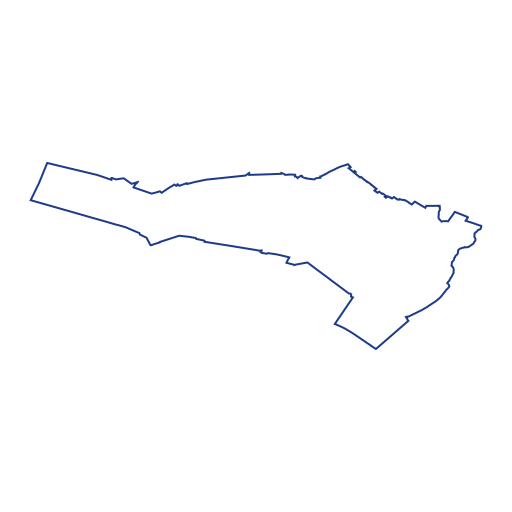 outline of Beverwijk, Noord-Holland, Netherlands
{"feature_id": "6326949B38309574133073", "entity_name": "Beverwijk", "entity_type": "district", "adm_level": 2, "iso_a3": "NLD", "parent_name": "Netherlands", "parent_adm1": "Noord-Holland", "projection": "equal_earth", "projection_center": [4.669, 52.479], "detail": "fine", "context": "isolated", "style": "outline", "palette": "blue", "viewbox_px": 512, "rotation_deg": 0, "n_neighbors": 0, "source": "geoboundaries", "source_scale": "gbopen_adm2", "svg_char_len": 5713}
<svg xmlns="http://www.w3.org/2000/svg" viewBox="0 0 512 512"><path d="M375.9,349.0L378.9,346.4L408.4,320.8L407.4,319.6L407.1,318.2L406.4,317.8L405.9,317.0L406.4,316.8L407.3,316.6L408.0,316.6L408.6,316.5L419.9,311.0L421.4,310.3L423.6,309.0L426.6,307.3L432.4,303.4L435.1,301.7L436.1,300.9L438.8,298.8L439.7,297.9L440.8,296.9L442.5,294.7L443.1,293.9L445.5,291.0L446.1,290.0L448.1,288.1L449.0,286.9L449.2,286.6L449.2,286.4L449.3,286.2L449.2,285.9L448.9,285.1L448.7,284.8L448.5,284.4L447.7,283.2L447.3,283.0L448.3,281.6L448.6,281.3L449.2,280.9L449.4,280.7L449.5,280.4L449.6,279.9L449.8,279.5L450.3,278.6L451.7,276.5L452.1,275.7L452.8,274.3L453.1,273.8L453.4,273.4L453.6,273.0L453.6,272.5L453.5,272.0L453.5,271.8L453.7,270.2L453.8,269.7L453.4,268.1L453.3,267.9L453.2,267.7L452.8,267.2L452.5,266.7L451.7,266.1L451.5,265.8L451.5,265.7L451.5,265.4L451.7,264.8L451.8,263.6L451.8,262.9L451.9,262.5L451.9,262.3L452.1,262.1L453.1,261.0L454.1,259.4L454.2,258.6L454.3,257.9L454.4,257.7L455.0,257.3L455.0,257.1L455.2,256.4L455.3,256.2L457.3,254.2L457.6,253.8L457.7,253.3L457.9,252.6L458.1,251.8L458.1,250.6L458.2,250.3L458.2,250.2L458.8,249.6L459.6,248.9L459.9,248.7L460.4,248.5L462.5,247.9L463.3,247.7L463.6,247.6L464.4,247.3L464.5,247.2L464.7,247.3L464.9,247.3L465.8,247.4L467.7,247.1L468.2,247.0L468.5,246.9L469.7,246.2L473.3,243.7L473.5,243.4L473.6,243.2L474.2,242.1L475.0,241.1L475.2,240.7L475.5,239.7L475.5,239.4L475.4,238.9L475.2,238.4L475.0,237.9L474.5,237.2L474.4,236.2L474.4,235.7L474.5,235.3L474.5,233.8L474.6,233.6L474.7,233.3L474.9,233.0L475.3,232.6L475.7,232.3L476.1,232.1L476.8,231.5L477.5,230.8L477.7,230.4L478.2,230.0L478.8,229.7L479.7,229.5L480.1,229.4L480.3,229.2L480.5,228.8L480.8,228.0L481.2,227.3L481.3,226.3L481.2,225.8L480.5,225.7L479.5,225.4L473.6,223.3L470.8,222.4L470.0,222.1L467.9,221.5L467.2,221.2L466.7,221.1L465.8,220.9L465.6,220.8L467.9,217.4L467.7,217.0L458.1,213.2L454.8,211.9L454.4,212.5L453.5,213.8L453.4,214.0L449.3,219.6L448.3,221.1L448.2,221.3L447.3,221.3L446.6,221.1L445.5,221.1L444.9,221.1L442.8,221.3L442.3,221.3L442.2,221.3L441.6,221.6L440.8,220.7L440.0,220.0L439.5,219.5L438.8,218.5L438.6,217.9L438.5,217.6L438.6,217.1L438.5,216.0L438.7,215.4L438.7,215.1L438.8,214.2L438.7,212.7L438.7,212.4L438.8,212.2L439.0,211.7L439.9,209.8L439.9,209.6L439.8,208.8L439.8,207.7L439.8,206.6L439.7,206.5L439.4,206.4L438.9,206.3L439.2,205.8L426.8,205.9L426.7,205.9L426.3,205.9L425.3,207.8L414.8,201.6L411.8,204.5L408.8,202.7L408.7,202.6L408.7,202.4L404.9,200.1L404.7,200.3L403.5,200.0L402.0,199.8L401.4,199.7L400.5,199.4L399.6,199.1L398.8,199.8L398.3,199.5L398.1,199.4L397.8,199.4L397.3,199.4L397.2,199.4L396.6,198.9L396.4,198.8L396.4,198.7L396.0,198.4L395.9,198.5L393.9,197.0L392.0,198.5L390.5,197.4L390.2,197.7L389.7,197.4L387.9,196.3L386.5,197.4L386.4,197.3L385.9,197.7L384.8,196.9L386.0,195.9L382.7,193.5L382.4,193.6L382.2,193.7L382.0,193.8L379.1,191.6L377.5,192.8L376.4,192.0L376.5,192.0L374.5,190.5L376.5,188.9L375.9,188.4L373.9,187.0L373.8,186.8L373.9,186.7L371.4,184.9L371.5,184.8L369.6,183.3L368.3,182.4L368.2,182.4L367.3,181.8L367.2,182.0L366.7,181.7L366.8,181.6L366.1,181.1L366.0,180.9L364.4,179.8L363.7,179.2L363.6,179.3L362.5,178.2L362.4,178.1L361.1,176.9L360.1,177.5L354.5,172.9L355.7,172.0L354.7,171.0L353.4,171.9L353.2,171.9L350.2,169.4L350.0,169.2L348.7,168.2L350.5,167.2L349.7,166.3L349.9,166.2L347.9,164.2L345.5,165.1L345.4,165.1L345.2,165.2L341.8,166.2L339.9,166.9L338.5,167.5L337.1,168.1L334.1,169.7L332.8,170.3L331.6,170.8L329.8,171.6L329.0,172.0L328.0,172.7L327.8,172.7L327.2,173.1L327.1,173.3L326.7,173.5L325.7,174.0L325.3,174.3L325.1,174.2L324.9,174.4L321.5,176.1L321.4,176.1L321.2,176.2L321.1,176.3L320.2,176.5L320.5,177.7L319.6,177.8L316.7,178.1L316.0,178.4L315.9,178.4L315.1,178.8L314.2,179.4L313.8,179.4L306.8,178.5L306.3,178.1L306.0,178.3L305.8,178.3L305.5,178.2L303.7,177.6L301.8,176.6L301.9,176.0L300.9,175.7L298.3,177.5L297.1,177.3L297.1,177.6L296.0,176.6L294.9,176.4L295.2,174.8L295.1,174.7L288.7,174.5L288.4,174.7L285.8,174.8L285.2,174.9L284.8,174.4L281.3,172.9L281.0,173.8L268.4,174.3L258.7,174.6L249.2,174.9L249.2,173.0L248.6,173.3L245.7,175.5L205.9,179.7L194.0,182.2L189.6,183.4L187.0,184.0L186.7,183.2L179.3,185.8L177.8,184.3L177.6,184.2L177.4,184.3L177.2,184.8L177.1,185.3L177.0,185.5L176.5,185.8L176.3,185.9L176.2,185.9L174.4,184.6L169.3,187.6L161.6,192.8L159.9,191.3L157.9,191.9L157.9,192.0L151.6,193.6L133.5,187.4L134.4,185.8L134.9,185.2L135.4,184.4L135.9,183.8L137.1,182.7L137.5,182.3L137.6,182.1L133.6,183.3L131.5,183.8L123.7,178.3L115.9,179.4L112.0,178.0L111.5,178.0L111.4,179.8L97.4,175.0L47.2,163.0L39.0,183.1L30.7,200.2L84.4,215.5L86.7,216.2L103.0,220.8L116.3,224.7L117.4,224.9L120.6,225.8L125.2,227.1L126.5,227.6L127.7,228.1L128.5,228.5L139.4,233.1L139.9,234.6L140.8,235.0L146.5,237.7L150.4,245.0L150.5,245.2L151.1,245.2L158.6,242.7L158.7,242.8L159.8,242.4L159.8,242.0L177.7,236.2L179.2,235.8L180.9,235.9L182.9,236.2L184.4,236.3L188.7,236.8L195.7,238.0L195.7,238.3L195.9,238.6L196.3,238.9L196.6,239.0L198.6,239.4L204.2,240.6L204.4,240.7L204.6,241.0L204.6,241.3L204.5,241.8L228.2,245.5L256.4,250.1L257.8,250.4L258.2,250.6L261.4,250.5L260.7,251.8L261.0,251.8L261.3,251.8L261.5,251.8L261.5,252.0L261.6,252.4L261.6,252.9L266.7,253.7L267.6,253.4L267.8,253.3L268.0,253.1L276.8,254.4L281.6,255.5L287.1,256.8L289.3,257.4L288.0,259.7L287.4,260.7L286.9,261.9L286.5,262.8L294.6,264.9L294.6,265.0L296.2,264.5L297.4,264.3L306.7,262.6L307.5,262.5L314.7,268.0L327.3,277.3L332.1,281.0L333.9,282.3L348.9,293.5L350.6,293.7L351.0,294.2L351.2,294.5L351.2,295.0L351.1,295.5L351.0,295.9L351.0,296.5L351.3,296.8L352.9,297.4L334.8,324.0L337.8,325.2L341.1,326.7L344.6,328.4L346.2,329.3L349.5,331.3L352.2,332.9L375.9,349.0Z" fill="none" stroke="#1e3a8a" stroke-width="2"/></svg>